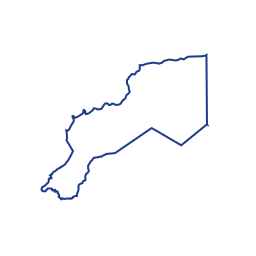 the district of La Sorciere, Dennery, Saint Lucia, rotated 145°
{"feature_id": "8701671B33968538338102", "entity_name": "La Sorciere", "entity_type": "district", "adm_level": 2, "iso_a3": "LCA", "parent_name": "Saint Lucia", "parent_adm1": "Dennery", "projection": "albers", "projection_center": [-60.886, 13.974], "detail": "fine", "context": "isolated", "style": "outline", "palette": "blue", "viewbox_px": 256, "rotation_deg": 145, "n_neighbors": 0, "source": "geoboundaries", "source_scale": "gbopen_adm2", "svg_char_len": 5570}
<svg xmlns="http://www.w3.org/2000/svg" viewBox="0 0 256 256"><g transform="rotate(145 128 128)"><path d="M61.3,85.4L61.3,85.5L61.2,85.5L59.9,87.6L21.8,142.9L23.2,142.9L26.9,144.7L31.9,148.1L33.4,149.0L34.5,149.7L36.3,151.0L38.4,152.1L40.2,152.2L41.7,152.1L43.3,152.5L44.1,153.7L45.3,154.9L46.7,154.9L48.7,155.2L49.0,155.4L49.4,155.7L49.6,155.7L50.9,156.5L52.1,157.8L53.4,159.0L54.8,160.3L57.1,161.2L60.5,162.4L62.6,161.9L66.0,163.1L67.7,165.2L68.7,166.0L69.7,166.9L71.8,168.0L75.5,169.8L77.3,170.3L78.2,170.7L78.9,170.7L79.2,170.8L79.7,170.8L80.3,171.1L81.2,172.1L81.5,172.3L82.4,172.7L82.7,172.1L82.8,172.0L83.2,171.4L84.1,170.4L84.4,169.6L84.8,169.3L85.4,168.9L85.8,168.6L87.8,169.0L89.0,169.1L90.5,168.4L91.8,168.0L92.6,168.6L93.0,169.4L93.1,169.5L93.6,169.7L94.2,170.0L95.1,169.7L96.1,169.3L96.4,169.2L96.8,169.2L97.3,169.2L97.7,169.3L98.4,169.1L98.8,168.7L99.5,168.1L100.1,168.1L101.2,167.9L101.7,167.3L102.3,166.4L102.9,165.5L103.3,165.1L103.6,161.7L104.2,160.7L104.6,160.2L105.0,159.2L105.3,158.5L105.6,157.0L105.7,156.8L106.2,156.4L107.8,156.0L109.1,155.9L110.1,155.8L110.8,155.5L112.3,154.5L113.3,153.7L116.8,153.6L117.3,153.1L118.1,153.0L118.7,152.8L120.0,152.1L122.1,152.4L122.6,152.7L123.6,153.2L124.4,153.8L125.2,154.5L126.0,155.9L126.2,156.5L127.5,157.2L129.2,157.0L129.8,157.2L130.1,157.5L130.5,157.9L130.5,159.1L130.9,160.0L132.0,160.9L132.7,161.1L134.2,160.8L136.7,159.7L137.6,159.3L138.7,159.0L140.3,159.6L141.8,160.3L142.8,161.5L143.0,162.1L143.6,162.8L144.8,163.8L146.6,162.8L151.3,162.5L152.4,162.7L154.5,163.4L154.5,164.5L153.5,166.0L153.4,167.3L153.9,168.2L155.1,167.3L155.8,166.1L157.0,165.9L161.0,165.9L163.8,166.3L165.5,166.7L165.8,167.5L165.9,169.1L166.5,169.6L167.2,168.8L167.2,167.0L168.2,165.1L169.5,164.1L171.0,163.7L174.8,161.8L176.5,160.8L178.2,160.3L179.1,160.6L179.9,161.5L180.6,159.9L182.9,156.0L183.8,154.8L185.4,153.0L186.3,140.7L190.8,138.1L195.9,135.7L197.3,135.4L198.9,135.0L200.0,134.3L204.8,134.3L205.5,134.7L206.5,134.3L207.8,134.7L209.2,134.8L212.4,134.4L213.6,134.7L215.0,134.7L215.8,134.1L216.8,133.8L217.4,134.1L218.4,133.9L218.1,133.7L218.3,133.3L218.9,133.0L219.1,132.4L219.1,132.0L219.2,131.4L219.3,131.2L219.4,130.9L219.6,130.7L219.8,130.8L220.1,131.0L220.6,131.3L220.9,131.6L221.3,131.8L221.7,131.8L222.1,131.7L222.4,131.5L222.4,131.3L222.4,131.1L222.6,130.9L222.8,130.6L223.2,130.3L223.4,130.0L223.8,129.6L224.1,129.4L224.5,129.2L225.0,129.1L225.6,128.9L225.9,128.9L226.4,128.9L227.1,128.8L227.9,128.5L228.3,128.5L228.9,128.5L229.4,128.5L230.7,128.4L231.0,128.7L231.3,128.7L231.6,128.8L231.8,128.8L232.1,128.7L232.3,128.6L232.7,128.4L233.1,128.0L233.4,127.9L233.9,127.6L234.0,127.5L234.0,127.3L234.1,127.1L234.2,126.9L234.2,126.6L234.2,126.4L234.1,126.2L234.1,125.9L234.2,125.6L234.2,125.4L233.9,125.1L233.6,124.9L233.3,124.5L233.2,124.5L233.0,124.3L232.9,124.2L232.7,124.1L232.3,123.7L232.0,123.5L231.9,123.5L231.7,123.5L231.1,123.7L230.2,124.1L229.9,124.1L229.5,124.3L229.1,124.4L228.7,124.4L228.3,124.4L228.1,124.3L227.9,124.1L227.3,123.6L226.9,123.4L226.7,123.3L226.4,123.1L225.7,122.6L225.4,122.4L225.3,122.0L225.2,121.8L225.1,121.6L225.1,121.4L225.1,121.2L225.3,121.0L225.6,120.9L225.8,120.6L225.8,120.3L225.7,120.2L225.4,120.0L225.0,119.9L224.6,119.9L224.5,119.7L224.5,119.4L224.4,119.3L224.2,119.3L223.8,119.3L223.3,119.1L223.5,118.8L223.7,118.6L224.0,118.5L224.3,118.2L224.5,117.9L224.5,117.7L224.4,117.6L224.2,117.6L223.2,117.5L222.9,117.4L222.7,117.3L222.6,117.1L222.5,116.8L222.4,116.6L222.6,116.1L222.6,115.9L222.3,115.7L222.4,115.4L222.6,115.3L222.8,115.3L222.9,115.1L223.0,114.8L222.9,114.6L222.8,113.5L222.8,113.1L222.8,112.7L223.0,112.4L223.4,112.0L223.5,112.0L223.7,111.9L223.9,111.9L224.0,111.9L224.2,111.7L224.2,111.4L224.2,111.1L224.1,110.6L223.9,109.9L223.8,109.7L223.4,109.3L223.3,109.0L223.3,108.7L223.5,108.4L223.6,108.1L223.5,107.8L223.4,107.8L223.3,107.7L223.1,107.7L222.8,107.9L222.6,108.0L222.4,108.0L222.3,107.9L222.4,107.7L222.2,107.6L221.8,107.6L221.6,107.5L221.0,106.6L220.6,106.2L220.2,106.0L220.0,105.9L219.4,105.8L219.0,105.6L218.8,105.4L218.0,105.0L217.5,104.6L217.4,104.5L217.1,104.0L216.9,103.8L216.7,103.7L216.1,103.6L215.8,103.6L215.5,103.4L215.3,103.3L215.3,103.1L215.2,102.8L215.0,102.7L214.9,102.6L214.4,102.6L214.0,102.6L213.7,102.4L213.3,102.6L213.1,102.7L213.1,102.9L213.0,103.0L212.6,103.1L212.0,103.0L210.7,102.7L210.0,102.4L209.7,102.1L209.2,101.8L208.9,101.6L208.1,102.5L207.8,102.9L207.3,103.5L206.7,103.8L205.3,104.6L204.8,105.1L204.5,105.4L203.6,106.2L203.3,106.6L203.2,106.8L202.8,107.6L202.7,107.8L202.3,108.4L202.0,108.7L201.7,108.9L201.6,109.1L201.4,109.2L201.2,109.3L200.7,109.5L200.1,109.7L199.7,109.7L199.2,109.6L198.8,109.5L198.5,109.5L198.3,109.4L197.5,109.2L197.2,109.1L196.8,109.1L196.7,109.2L196.5,109.4L195.9,109.8L195.0,110.3L194.8,110.3L194.4,110.2L194.1,110.0L193.8,109.9L193.5,109.6L193.3,109.6L193.0,109.6L192.9,109.7L192.6,109.9L192.1,110.6L191.7,111.2L191.5,111.7L191.4,112.0L191.2,112.2L190.7,112.9L190.2,113.4L189.3,114.0L189.0,114.2L188.7,114.3L188.2,114.4L187.8,114.4L187.5,114.5L187.1,114.5L186.5,114.5L186.1,114.6L185.6,114.8L185.2,115.0L184.5,115.6L184.0,117.4L183.2,118.7L182.9,119.1L182.5,119.8L182.2,120.0L181.0,120.6L180.6,120.6L179.2,121.4L178.5,121.6L177.5,122.1L176.3,122.1L175.3,122.5L174.0,122.9L173.2,123.2L171.5,122.4L170.2,121.7L168.9,121.0L168.3,121.0L167.8,120.9L167.3,120.5L166.7,120.0L165.5,119.7L164.8,119.8L164.1,119.8L163.4,119.5L162.9,119.3L162.0,119.3L161.4,119.3L160.8,119.0L160.6,119.2L153.2,114.9L108.8,114.4L108.4,113.9L94.3,83.3L61.5,85.7L61.3,85.4Z" fill="none" stroke="#1e3a8a" stroke-width="2"/></g></svg>